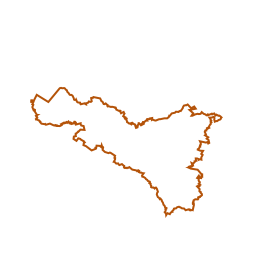 the district of San Benito Abad, Sucre, Colombia, rotated 120°
{"feature_id": "7082276B25365830428844", "entity_name": "San Benito Abad", "entity_type": "district", "adm_level": 2, "iso_a3": "COL", "parent_name": "Colombia", "parent_adm1": "Sucre", "projection": "robinson", "projection_center": [-74.976, 8.778], "detail": "fine", "context": "isolated", "style": "outline", "palette": "amber", "viewbox_px": 256, "rotation_deg": 120, "n_neighbors": 0, "source": "geoboundaries", "source_scale": "gbopen_adm2", "svg_char_len": 5829}
<svg xmlns="http://www.w3.org/2000/svg" viewBox="0 0 256 256"><g transform="rotate(120 128 128)"><path d="M166.7,30.9L161.8,32.4L160.6,33.2L161.2,33.9L160.5,34.4L159.2,34.4L159.2,34.7L157.8,35.0L156.1,34.1L154.9,31.8L154.0,31.7L153.0,32.6L152.5,32.3L151.8,31.2L151.2,31.4L150.3,30.7L149.1,30.4L148.2,31.1L147.8,32.6L147.1,33.0L147.3,33.9L147.0,34.6L145.1,35.4L144.0,39.0L143.4,38.6L143.3,37.6L142.9,37.3L142.4,37.0L141.9,37.5L141.2,37.1L141.0,38.8L139.9,38.4L139.0,38.7L139.0,39.3L138.1,40.6L136.5,41.4L136.7,43.1L133.9,42.8L134.9,41.3L134.6,40.6L135.1,40.4L134.8,39.6L133.0,40.3L132.9,39.5L131.0,40.6L131.2,41.5L129.3,46.8L131.7,53.1L132.0,55.6L131.5,55.0L131.0,55.8L130.1,55.0L130.7,54.4L130.2,54.4L129.3,53.5L129.0,53.8L128.6,53.6L128.0,52.9L127.1,53.8L127.4,54.4L126.5,55.4L126.4,53.8L123.8,53.2L123.5,53.6L122.3,52.5L121.7,53.3L120.5,54.1L119.8,52.8L119.6,51.0L120.1,50.8L119.0,50.0L118.7,48.6L116.9,49.8L114.0,49.9L113.8,51.6L110.3,51.6L111.5,54.0L112.0,57.6L111.5,56.8L109.9,56.3L108.7,56.5L108.1,56.1L107.9,56.3L108.3,56.6L106.7,57.0L106.1,56.6L104.6,57.5L103.5,59.0L101.7,53.3L100.4,52.1L101.3,50.8L100.3,50.2L98.1,52.3L97.9,54.5L95.9,53.9L95.8,57.7L94.6,57.3L93.0,59.6L91.6,59.8L91.0,58.9L90.0,59.3L89.2,58.9L88.6,59.5L88.1,59.1L87.9,58.2L87.3,57.8L87.1,58.6L84.3,58.6L83.3,58.3L82.1,59.0L81.5,58.6L80.8,59.9L80.0,59.5L78.3,62.6L77.2,60.8L75.3,59.2L76.1,58.1L77.6,57.5L79.1,56.0L77.9,55.1L77.5,54.3L75.7,53.5L74.7,52.5L73.6,52.2L72.8,52.5L72.1,52.3L71.7,53.9L71.7,55.4L72.2,55.8L72.2,58.0L73.3,58.3L72.3,60.6L74.1,61.9L73.7,62.6L76.6,64.8L76.3,65.6L77.5,65.8L77.8,66.5L77.5,67.5L77.9,69.6L77.4,72.1L79.4,72.2L80.5,73.5L80.9,74.8L82.5,76.5L85.2,78.4L85.6,79.1L82.6,78.9L81.6,83.7L77.4,79.0L76.3,81.4L79.3,83.2L77.8,88.1L79.3,89.0L79.4,89.5L80.7,90.8L82.7,90.8L83.4,90.5L86.9,90.8L87.0,91.3L87.8,92.0L88.8,92.2L89.9,94.6L91.3,95.0L93.5,97.4L97.7,98.1L97.6,98.3L98.2,98.2L100.0,98.9L101.4,101.3L104.2,104.4L104.9,105.5L107.7,107.7L108.2,109.1L108.2,110.7L108.9,111.2L108.4,111.4L108.2,112.0L107.4,112.2L108.5,113.5L108.7,113.1L109.4,113.5L110.7,115.9L111.1,115.9L111.9,114.9L112.8,116.3L114.7,116.8L115.3,118.0L116.0,117.8L117.4,118.3L117.0,117.1L116.4,117.0L116.2,116.6L116.4,116.4L119.2,118.1L118.3,121.0L118.5,121.2L118.9,120.9L120.5,120.9L122.7,120.1L123.9,121.1L122.8,122.4L122.6,122.1L122.0,122.5L121.4,123.9L121.7,125.0L121.3,126.9L121.7,127.3L122.6,126.6L123.2,126.8L123.0,128.6L123.5,129.0L123.6,129.6L123.3,130.5L123.4,131.7L122.6,132.3L121.8,133.5L120.9,133.7L121.5,135.1L120.7,136.4L120.1,135.9L120.2,138.0L117.3,138.3L117.3,138.5L116.3,139.8L118.7,141.4L118.0,142.5L116.9,143.1L117.0,143.6L117.5,143.7L117.7,144.4L117.9,147.4L116.8,148.3L117.0,149.3L116.6,149.4L117.6,152.5L118.3,153.2L118.8,155.6L119.5,156.4L119.3,156.8L118.2,157.3L118.3,158.3L117.9,159.3L117.9,159.7L119.1,160.3L119.4,161.1L118.0,163.2L118.0,164.5L116.3,166.9L118.5,173.4L119.5,173.5L119.5,173.9L120.5,174.9L123.0,172.8L123.8,173.1L124.2,173.7L124.6,175.2L126.0,175.2L127.6,176.6L128.5,176.0L128.6,176.9L128.2,177.8L131.1,180.8L131.0,181.2L130.0,182.1L130.9,184.1L130.8,185.3L129.3,187.2L129.7,187.2L130.4,188.3L130.4,188.9L129.3,189.9L127.8,192.1L127.6,193.5L128.3,194.6L128.3,195.3L127.4,197.0L127.0,198.7L125.9,199.8L125.9,201.1L125.3,202.3L125.3,203.2L126.5,204.9L126.7,206.0L127.7,207.0L145.3,210.0L144.9,223.6L152.0,223.2L151.9,224.9L152.4,225.6L153.8,224.9L153.0,222.9L155.2,222.7L155.0,222.1L155.2,221.6L157.7,221.3L159.6,218.9L158.9,218.8L158.8,217.7L160.4,216.8L162.2,213.4L162.0,213.0L163.5,213.8L163.8,213.2L163.6,212.7L164.4,211.7L165.5,212.1L165.8,211.7L166.4,212.1L166.6,211.8L166.1,211.4L166.1,209.2L165.9,208.8L166.2,207.7L166.4,207.9L166.8,207.3L167.5,205.1L166.3,201.9L165.9,201.7L166.2,200.7L163.2,197.8L162.9,193.9L162.6,192.9L161.8,192.5L161.3,190.9L161.9,190.8L160.4,188.0L158.6,186.8L158.2,186.8L158.0,187.8L155.6,186.3L156.1,185.8L154.6,184.3L154.3,184.7L153.5,184.2L153.8,183.2L152.1,182.8L152.5,181.9L152.4,181.2L153.2,181.0L152.9,179.5L151.9,180.0L151.8,178.8L152.0,178.9L152.1,178.2L151.3,177.5L149.4,177.6L149.1,176.9L149.5,175.7L150.1,175.3L150.7,175.7L151.2,175.0L147.6,171.4L148.4,171.0L149.2,169.7L148.5,167.4L151.4,164.7L153.2,168.4L153.6,168.5L156.1,169.1L156.1,169.4L158.3,169.9L158.9,170.4L159.1,170.1L160.2,170.0L161.1,169.1L162.5,170.6L164.7,169.7L164.9,166.2L161.8,165.9L161.3,163.8L161.6,163.2L161.6,159.6L161.9,159.5L162.1,158.3L163.2,158.7L165.1,158.0L164.7,155.3L165.6,148.3L162.2,145.6L161.5,146.2L161.2,145.6L159.0,146.4L157.6,143.5L157.9,141.7L156.1,142.2L156.9,141.3L157.0,140.3L157.3,139.8L159.6,139.1L160.3,136.0L159.5,132.3L158.4,131.5L158.2,130.8L158.5,125.3L160.0,125.1L160.7,124.7L160.5,124.1L161.7,123.5L164.4,123.4L164.1,122.5L164.7,120.4L163.6,118.8L164.3,117.7L164.4,116.9L162.3,115.2L162.8,112.9L162.7,112.3L163.1,112.0L164.0,111.9L164.3,111.4L164.2,110.6L163.4,109.7L163.3,108.9L162.8,108.8L162.5,108.0L161.2,107.3L161.9,103.5L160.7,100.0L160.6,99.1L160.8,98.7L160.0,98.3L160.3,97.7L159.5,97.8L159.5,96.8L160.4,96.6L160.6,96.1L160.6,95.1L160.0,94.3L159.9,93.0L159.4,91.8L162.1,92.1L163.0,91.3L162.6,90.0L162.7,88.0L163.3,86.8L163.3,85.4L163.9,84.4L163.6,82.3L163.8,82.0L165.0,82.0L164.9,80.6L165.8,80.3L166.4,79.0L167.6,78.5L167.6,77.5L166.8,76.2L167.1,74.7L166.2,74.6L165.6,74.0L166.2,72.6L168.3,70.2L169.8,70.3L171.2,69.8L172.9,67.6L172.9,66.4L173.7,64.9L172.9,64.6L173.7,62.6L174.3,62.2L175.3,60.3L176.7,58.9L177.0,57.5L178.2,56.2L178.1,54.6L178.8,54.4L179.7,55.0L180.4,54.2L181.9,53.9L182.5,54.1L183.2,52.2L184.3,51.4L182.1,51.3L181.7,48.7L180.2,48.7L179.0,48.3L178.4,47.6L177.9,48.1L175.9,47.6L174.9,47.9L174.5,47.6L173.7,46.3L172.0,45.8L170.7,44.5L170.8,43.8L170.5,43.1L170.6,41.1L169.7,39.2L170.4,37.0L168.0,34.7L167.8,34.2L168.3,34.1L168.3,33.6L168.0,33.6L168.0,32.9L167.8,32.9L167.5,32.0L166.7,31.3L166.7,30.9Z" fill="none" stroke="#b45309" stroke-width="2"/></g></svg>